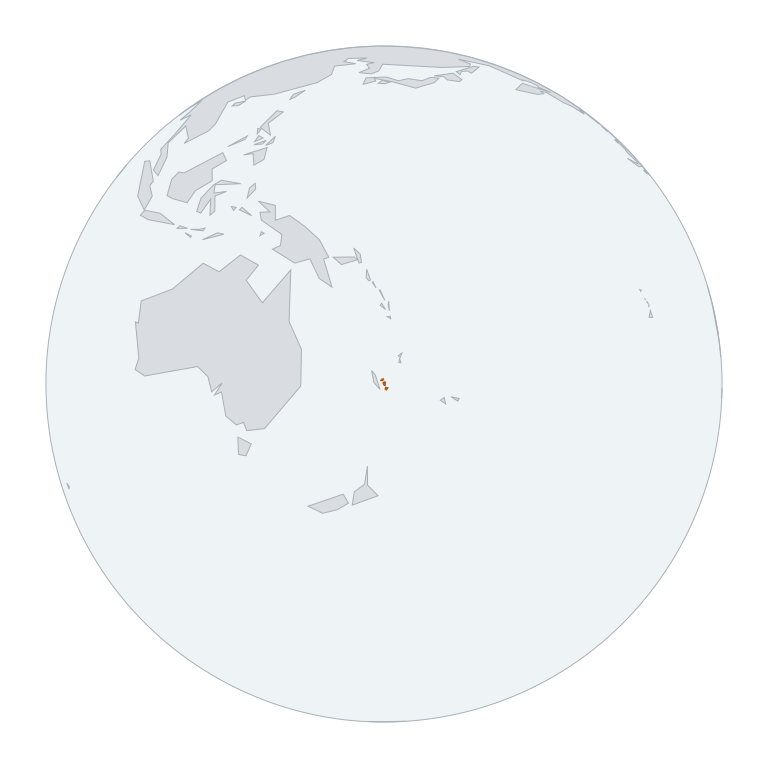 globe centered on Îles Loyauté, rotated 31°
{"feature_id": "NCL-1258", "entity_name": "Îles Loyauté", "entity_type": "Province", "adm_level": 1, "iso_a3": "NCL", "parent_name": "New Caledonia", "parent_adm1": "", "projection": "orthographic", "projection_center": [167.211, -21.021], "detail": "medium", "context": "on_globe", "style": "filled", "palette": "amber", "viewbox_px": 768, "rotation_deg": 31, "n_neighbors": 0, "source": "natural_earth", "source_scale": "10m", "svg_char_len": 6797}
<svg xmlns="http://www.w3.org/2000/svg" viewBox="0 0 768 768"><g transform="rotate(31 384 384)"><circle cx="384" cy="384" r="338" fill="#eef3f6" stroke="#a8b0b8"/><path d="M455.9,357.7L456.2,360.3L455.7,360.6L455.9,357.7ZM680.9,222.7L676.3,214.5L675.7,213.4L680.9,222.7ZM658.9,187.5L658.2,186.5L648.8,174.3L623.6,145.9L610.0,132.8L627.6,149.8L644.0,168.1L658.9,187.5ZM504.3,68.2L501.6,67.2L497.8,66.3L493.0,64.2L490.7,66.5L476.4,65.2L488.1,64.6L485.9,63.1L474.0,60.4L469.2,58.5L460.7,56.5L456.0,54.7L463.2,55.6L460.3,54.8L452.0,53.2L442.1,51.2L452.7,53.1L478.8,59.6L504.3,68.2ZM553.9,676.1L566.9,668.1L576.0,662.0L553.9,676.1ZM576.8,190.3L574.5,183.8L580.0,188.6L576.8,190.3ZM570.2,179.6L571.6,181.8L569.9,179.8L570.2,179.6ZM567.1,177.9L569.3,179.1L566.9,178.3L567.1,177.9ZM563.0,176.5L565.2,177.0L563.0,176.5ZM556.3,172.4L554.5,171.3L556.3,171.1L556.3,172.4ZM496.2,66.8L502.0,68.4L498.0,67.6L496.2,66.8ZM460.3,56.6L460.2,56.9L455.8,55.8L460.3,56.6ZM444.6,52.4L437.6,51.0L446.0,52.5L444.6,52.4ZM414.6,47.5L426.9,48.9L437.5,50.4L432.6,49.8L434.4,50.4L417.3,48.0L415.6,48.2L411.4,47.2L414.6,47.5ZM544.6,681.3L564.0,669.9L552.7,676.8L552.8,676.7L544.6,681.3ZM383.3,46.1L389.1,46.1L391.1,46.2L411.4,47.2L415.6,48.2L409.7,47.9L416.7,49.6L402.1,49.2L393.2,50.4L373.1,50.5L367.9,52.3L371.3,52.9L366.7,56.6L345.5,63.8L347.7,55.0L376.6,48.3L363.5,50.2L362.0,49.3L354.6,50.0L345.7,52.0L347.5,52.4L310.5,57.0L280.4,67.2L293.3,65.2L293.8,67.8L270.9,82.7L218.1,110.6L218.3,118.4L213.3,124.7L202.1,130.0L209.0,120.8L204.4,119.0L210.0,113.6L194.3,120.6L201.7,113.2L185.9,123.2L183.7,128.2L194.8,124.0L177.9,137.0L179.6,145.7L171.5,160.0L140.8,192.0L121.9,206.5L119.0,212.1L115.8,208.8L105.0,222.7L105.6,248.1L103.3,257.3L88.8,280.7L89.7,273.9L81.2,265.0L74.8,288.5L81.1,301.2L83.0,321.8L76.1,319.2L74.6,301.7L71.7,297.9L76.0,277.8L80.1,252.6L73.4,262.8L77.2,251.5L81.9,234.5L74.1,249.3L70.0,259.2L79.5,237.6L90.5,216.6L102.9,196.5L116.7,177.3L131.8,159.1L148.2,142.0L165.7,126.1L184.3,111.4L203.8,98.1L224.3,86.2L245.5,75.8L267.4,66.8L289.9,59.4L312.8,53.7L336.1,49.5L359.7,47.0L383.3,46.1ZM163.0,632.2L167.1,634.1L168.2,636.4L163.0,632.2ZM135.4,356.8L142.8,356.3L142.8,358.0L135.4,356.8ZM127.5,353.5L135.4,351.7L126.6,357.3L127.5,353.5ZM138.6,351.1L146.8,345.9L150.3,342.5L150.0,345.9L138.6,351.1ZM122.3,355.3L97.2,364.6L88.2,364.8L89.6,358.2L104.2,353.0L122.3,355.3ZM88.9,358.4L76.1,349.8L64.2,316.4L68.3,313.3L81.9,329.1L80.9,334.4L88.6,342.4L88.9,358.4ZM122.8,315.4L121.8,330.1L107.2,334.0L101.0,334.2L96.6,317.9L99.0,308.0L103.9,306.1L126.7,268.7L133.9,273.6L125.9,288.2L132.1,298.3L122.8,315.4ZM50.6,328.7L49.2,339.1L48.4,344.6L49.7,334.5L50.6,328.7ZM139.0,245.8L127.8,261.1L139.0,241.8L139.0,245.8ZM147.4,228.9L146.6,234.9L144.1,230.0L147.4,228.9ZM115.9,220.2L110.6,223.9L111.9,219.8L119.6,212.8L115.9,220.2ZM165.3,172.7L159.8,184.2L156.8,188.6L157.1,182.3L165.3,172.7ZM405.7,499.5L414.9,504.4L408.9,515.6L398.0,526.4L381.8,527.9L405.7,499.5ZM295.6,519.4L286.1,504.8L301.1,503.7L302.6,516.6L295.6,519.4ZM414.0,491.8L419.0,480.0L412.1,463.0L422.0,479.2L436.4,482.8L419.2,504.2L414.0,491.8ZM215.1,465.1L174.7,500.4L163.2,499.8L160.5,488.1L138.9,458.7L142.1,458.3L133.1,437.9L153.8,411.5L166.8,373.6L184.9,372.7L194.5,347.3L215.1,346.8L212.4,366.0L237.9,377.1L245.3,334.2L270.4,379.3L295.4,396.8L313.7,428.7L304.6,483.7L290.4,494.7L283.3,489.2L278.6,495.1L264.9,492.9L248.8,474.6L244.4,480.7L244.7,466.7L240.3,479.4L229.2,468.3L215.1,465.1ZM366.4,378.8L371.9,380.8L383.5,390.7L374.5,387.9L366.4,378.8ZM442.5,364.5L447.1,369.3L440.7,369.0L442.5,364.5ZM455.7,360.6L447.9,360.5L455.9,357.7L455.7,360.6ZM384.0,353.8L387.6,357.2L385.7,357.9L384.0,353.8ZM381.6,352.5L383.4,348.2L384.3,352.9L381.6,352.5ZM352.1,324.7L354.5,322.7L356.2,324.6L352.1,324.7ZM154.0,353.9L163.5,340.1L169.7,338.0L154.0,353.9ZM347.1,319.4L340.1,318.4L340.4,316.0L347.1,319.4ZM346.7,313.9L345.4,310.5L351.0,318.7L346.7,313.9ZM332.4,305.4L341.6,311.9L331.6,306.0L332.4,305.4ZM327.7,305.8L321.6,302.9L321.9,301.9L327.7,305.8ZM267.9,308.0L289.5,327.7L274.1,326.9L256.0,314.9L245.3,326.3L218.9,325.9L223.9,318.6L219.4,308.4L194.4,306.7L189.3,300.6L197.6,295.2L182.1,292.0L198.9,286.9L206.5,299.6L216.3,288.2L234.9,289.7L254.3,293.6L271.5,303.9L267.9,308.0ZM200.5,316.8L203.6,316.5L201.3,320.9L200.5,316.8ZM310.0,294.5L318.8,301.8L318.1,303.4L313.9,302.1L310.0,294.5ZM275.1,301.5L293.0,290.5L297.5,290.9L286.0,303.5L275.1,301.5ZM287.9,283.0L296.8,284.9L302.1,291.5L300.3,293.2L287.9,283.0ZM166.2,308.8L165.8,312.7L161.7,310.5L166.2,308.8ZM171.3,305.7L184.0,307.9L170.3,309.1L171.3,305.7ZM136.7,300.1L139.9,308.0L149.8,300.0L142.3,309.9L149.9,322.9L147.9,329.1L140.2,314.7L138.9,331.8L134.6,332.6L131.4,319.1L135.3,301.1L139.7,293.1L158.1,286.1L136.7,300.1ZM170.9,294.9L167.7,285.3L170.2,278.3L173.6,283.0L170.9,294.9ZM159.8,263.4L153.1,254.0L145.7,259.9L162.0,241.5L165.5,253.3L159.8,263.4ZM156.3,240.8L149.2,246.0L157.4,235.8L156.3,240.8ZM148.2,242.9L148.8,235.6L153.7,235.4L148.2,242.9ZM159.7,240.4L163.3,227.6L164.5,234.4L159.7,240.4ZM150.5,220.0L158.5,229.2L145.7,227.6L151.6,204.8L157.5,202.7L150.5,220.0ZM224.2,129.2L226.3,124.4L233.4,122.4L230.0,126.2L224.2,129.2ZM258.7,114.1L236.1,120.4L218.2,127.0L220.9,128.6L211.7,137.9L210.9,130.8L227.7,119.8L240.2,116.6L247.6,109.7L260.2,104.6L266.1,97.1L273.5,93.6L271.9,99.8L258.7,114.1ZM268.2,94.1L283.1,82.0L294.0,83.0L293.1,85.8L281.7,90.7L276.7,89.8L268.2,94.1ZM289.9,79.7L285.1,79.0L297.0,65.7L302.2,63.4L298.9,72.6L294.3,72.7L289.4,76.2L289.9,79.7Z" fill="#d9dde1" stroke="#a8b0b8" stroke-width="1"/><path d="M385.2,384.0L385.4,384.2L385.4,384.3L385.2,384.3L385.2,384.7L385.1,384.8L384.9,384.9L384.7,384.8L384.6,384.7L384.4,384.6L384.3,384.4L383.8,384.4L383.6,384.3L383.5,384.2L383.4,384.0L383.3,383.9L383.2,383.9L383.2,383.7L383.0,383.4L383.3,383.4L383.5,383.3L383.8,382.9L383.9,382.6L383.5,382.5L383.1,382.5L383.1,382.3L383.2,382.2L383.3,382.1L383.5,382.1L383.8,382.1L384.0,381.9L384.4,382.2L384.5,382.2L384.5,382.3L384.4,382.5L384.4,382.8L384.5,383.0L384.4,383.2L384.4,383.3L384.6,383.4L384.7,383.5L384.8,383.5L385.0,383.5L385.0,383.8L385.0,384.0L385.2,384.0ZM389.1,386.4L389.1,386.6L389.1,386.8L389.1,387.0L389.0,387.4L389.0,387.6L388.9,387.6L388.7,387.7L388.5,387.8L388.3,387.7L388.1,387.7L388.0,387.4L387.8,387.4L387.7,387.4L387.7,387.2L387.5,386.8L387.5,386.5L387.4,386.4L387.3,386.1L387.5,386.1L387.8,386.2L388.3,385.9L388.2,386.1L388.2,386.3L388.4,386.6L388.5,386.6L388.9,386.5L389.1,386.4ZM380.8,380.5L381.0,380.6L380.8,380.7L380.7,380.8L380.5,381.2L380.5,381.5L380.8,381.5L380.6,381.9L380.5,382.0L380.3,382.1L380.2,382.2L380.3,381.9L380.4,381.7L380.4,381.2L380.6,380.9L380.6,380.7L380.5,380.4L380.4,380.4L380.5,380.3L380.6,380.2L380.7,380.3L380.8,380.5ZM379.6,382.2L379.8,382.2L379.8,382.3L379.6,382.4L379.6,382.2Z" fill="#f59e0b" stroke="#b45309" stroke-width="1.5"/></g></svg>